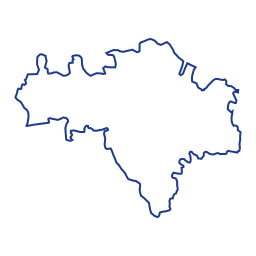 the district of Tala, Al Minufiyah, Egypt
{"feature_id": "37247803B52680576777799", "entity_name": "Tala", "entity_type": "district", "adm_level": 2, "iso_a3": "EGY", "parent_name": "Egypt", "parent_adm1": "Al Minufiyah", "projection": "orthographic", "projection_center": [30.917, 30.67], "detail": "fine", "context": "isolated", "style": "outline", "palette": "blue", "viewbox_px": 256, "rotation_deg": 0, "n_neighbors": 0, "source": "geoboundaries", "source_scale": "gbopen_adm2", "svg_char_len": 5489}
<svg xmlns="http://www.w3.org/2000/svg" viewBox="0 0 256 256"><path d="M169.3,210.4L169.9,209.6L170.2,209.1L170.5,208.9L170.2,208.1L169.7,207.3L169.5,206.8L169.5,206.0L169.6,205.4L169.8,203.5L169.4,201.1L170.2,198.8L171.8,198.4L172.8,198.4L173.4,195.8L174.2,194.3L176.1,193.3L176.4,192.3L176.9,191.0L177.4,190.3L177.7,189.0L177.3,186.1L177.1,184.4L177.2,182.3L176.7,180.2L175.7,178.4L174.7,178.1L172.9,177.8L172.1,176.6L171.9,176.2L172.3,174.5L173.6,172.7L174.9,173.0L178.2,173.6L180.5,173.9L181.5,173.4L181.8,172.4L181.9,171.4L181.5,167.8L182.5,167.5L183.5,167.0L183.3,165.7L181.0,164.4L179.5,163.1L179.3,161.5L180.1,159.7L181.2,159.0L183.4,159.1L184.3,159.1L185.0,160.1L188.0,162.3L190.1,162.3L190.7,160.3L190.5,156.9L190.1,155.4L189.3,153.8L189.9,152.0L190.9,151.6L192.0,152.1L192.4,152.9L194.2,154.5L195.1,154.8L197.0,155.6L198.2,158.4L198.9,158.5L201.3,158.8L203.7,155.8L203.8,153.2L204.6,152.2L206.1,151.7L207.1,152.2L208.9,153.3L209.5,153.7L210.2,154.1L212.5,154.4L214.1,154.3L216.6,153.3L218.2,153.1L218.9,153.5L219.7,153.9L220.4,154.1L222.3,153.9L225.8,154.0L226.4,153.5L227.2,151.5L228.5,150.8L230.0,151.3L232.4,151.6L235.2,152.2L237.1,152.6L237.5,151.5L238.0,151.3L238.4,151.5L239.3,150.8L239.6,149.8L239.9,147.7L239.7,146.4L239.6,145.1L239.5,143.6L239.9,141.6L240.2,139.5L240.1,136.0L240.2,135.2L240.6,132.3L239.4,131.3L237.9,130.2L237.7,127.1L236.5,125.8L234.9,125.5L233.6,125.7L232.6,124.4L232.2,122.8L231.7,121.3L231.5,117.9L232.0,114.9L232.5,111.3L231.2,112.3L227.7,109.1L228.0,106.8L228.1,105.7L228.4,104.2L229.4,102.2L229.5,102.1L230.5,101.4L235.1,103.1L235.9,102.9L236.4,100.3L233.8,95.1L233.1,93.3L234.1,92.0L235.9,91.8L238.0,92.4L238.2,90.0L235.6,90.0L234.2,88.1L231.3,86.2L229.5,86.1L228.0,85.7L226.1,84.2L226.3,81.0L224.8,79.4L223.3,79.9L221.5,79.8L219.2,79.3L217.8,79.0L216.2,78.9L215.1,79.1L213.0,80.5L210.3,83.3L208.2,85.4L207.1,86.9L206.3,87.9L204.2,89.1L204.1,90.0L201.9,90.4L201.5,89.4L200.9,89.1L199.5,88.4L199.2,88.3L197.9,87.2L197.4,85.8L196.7,83.9L196.5,83.4L196.1,83.1L194.2,82.4L193.2,82.0L192.6,81.7L192.1,81.4L192.0,79.2L192.0,77.8L192.1,76.2L192.6,74.2L193.7,70.1L195.6,67.3L188.4,63.8L187.3,63.2L185.4,67.5L184.4,70.1L183.7,71.9L183.0,73.6L182.2,74.4L181.9,74.5L180.6,75.1L180.2,74.7L179.3,73.8L180.5,70.8L181.8,67.2L182.3,66.0L182.5,64.9L182.8,63.6L183.3,61.2L178.8,57.6L178.4,57.2L173.9,52.3L173.4,50.3L172.8,49.4L171.1,46.7L169.8,44.5L168.5,43.5L168.1,43.1L166.9,42.1L165.6,42.7L165.3,42.8L160.8,44.9L157.4,43.6L156.4,42.2L154.3,40.4L150.7,39.0L149.4,39.3L149.0,39.3L148.1,39.5L147.2,39.9L143.7,41.4L140.8,42.4L139.6,43.9L139.6,44.5L139.5,51.3L137.3,52.2L133.7,50.5L133.1,50.2L132.4,49.7L123.1,51.8L122.5,51.7L121.5,51.6L119.2,51.0L118.4,50.2L117.1,50.2L115.0,50.1L113.6,50.0L110.1,51.4L109.0,51.9L106.4,53.0L108.1,54.8L112.9,55.1L114.0,56.4L114.6,58.7L115.3,61.4L115.5,62.5L115.9,64.0L115.1,67.4L110.8,67.3L107.8,67.2L106.2,66.7L105.4,66.4L103.2,68.2L105.2,73.5L103.6,74.0L101.2,73.5L96.6,73.2L90.5,75.8L86.6,73.0L83.2,68.7L82.9,67.6L82.6,66.5L82.1,64.8L82.0,63.0L81.9,61.2L81.8,59.6L81.8,59.0L81.2,57.6L80.8,57.1L79.4,55.8L76.9,55.2L73.5,55.7L72.7,56.0L72.3,56.7L73.6,59.5L72.5,60.1L72.7,62.7L71.9,62.7L70.9,62.9L69.6,62.9L68.8,64.2L68.6,65.8L69.9,72.7L68.9,74.0L66.4,75.4L65.9,75.5L63.6,75.8L61.9,75.0L60.6,74.2L59.9,73.8L58.8,73.2L57.1,72.3L56.6,72.3L54.5,72.3L53.0,72.8L51.1,73.4L48.3,73.6L47.8,72.4L47.6,69.2L44.9,67.6L46.6,61.0L45.7,57.2L45.7,56.0L43.8,55.2L41.8,54.3L40.1,54.4L37.6,56.7L37.2,58.7L37.2,59.2L37.1,64.4L37.3,64.8L38.3,68.0L39.0,69.8L37.1,74.1L30.4,74.3L27.9,74.3L27.3,75.8L27.0,76.4L26.2,79.0L24.9,80.0L25.7,81.6L26.0,83.6L24.4,84.9L23.4,84.4L22.4,84.4L21.6,86.7L21.3,88.7L20.8,89.0L19.0,88.7L18.4,88.6L17.9,89.4L17.8,89.8L17.4,91.0L17.0,93.0L16.9,93.3L16.4,94.6L15.4,97.3L16.8,99.2L18.3,100.3L19.4,101.1L20.8,102.0L22.1,104.0L23.7,106.9L24.6,108.3L25.7,109.0L26.8,110.0L27.1,110.2L27.7,111.5L28.1,112.6L28.4,113.2L28.5,116.9L28.2,119.6L28.1,120.1L27.5,123.0L27.4,123.6L26.5,125.9L26.8,126.0L31.7,125.1L33.8,124.7L43.6,123.4L46.9,123.0L48.5,122.8L49.0,122.5L49.0,122.0L48.3,119.4L48.6,118.6L50.2,118.2L52.1,118.8L53.2,119.0L55.5,119.4L57.8,119.9L61.0,118.7L63.1,117.5L66.4,118.1L67.2,119.1L67.9,119.9L68.1,121.5L66.7,123.5L65.3,128.1L65.5,129.7L65.5,131.2L65.9,135.6L66.0,138.2L66.3,139.2L66.3,139.7L66.8,140.0L68.0,140.3L70.1,140.8L71.1,140.6L72.4,139.9L71.4,139.1L70.4,137.2L71.8,135.5L72.1,134.5L71.6,133.9L70.8,133.1L70.9,130.8L74.0,130.4L78.1,131.5L80.6,132.1L84.2,132.0L84.3,131.4L84.6,129.9L84.3,128.9L84.9,127.3L86.2,125.8L88.0,125.9L88.2,127.7L89.2,128.2L90.0,128.0L92.0,128.8L93.0,130.1L94.1,130.7L96.6,130.7L98.7,130.3L101.3,129.8L102.9,129.4L103.9,129.1L106.0,128.2L107.2,128.2L107.7,128.7L108.0,130.0L106.4,130.8L104.6,131.2L104.0,133.8L104.7,136.4L105.2,138.2L105.1,140.0L104.8,142.8L104.7,143.3L104.7,144.9L105.4,148.0L106.9,149.0L108.4,148.8L109.5,148.6L110.8,148.6L111.3,149.7L111.7,150.4L113.4,155.1L115.6,160.3L116.5,162.7L118.8,165.0L120.2,167.1L121.5,169.2L122.9,170.5L123.3,171.0L124.7,172.7L127.9,178.7L128.4,179.2L129.7,179.5L134.0,180.9L135.8,180.9L136.5,181.4L137.8,182.3L139.6,183.3L140.2,185.4L139.6,190.0L140.1,192.4L140.5,194.2L141.0,195.7L143.3,197.3L145.8,199.7L146.8,200.8L148.0,201.8L149.0,202.9L149.2,204.2L149.7,207.5L150.1,209.4L151.0,212.7L151.5,213.5L151.9,213.6L152.3,213.8L154.1,215.6L155.8,216.4L157.1,217.0L158.1,216.8L158.7,216.3L159.5,214.5L159.5,213.5L160.1,212.4L162.7,211.7L165.8,211.3L167.6,210.8L168.1,210.6L169.3,210.4Z" fill="none" stroke="#1e3a8a" stroke-width="2"/></svg>